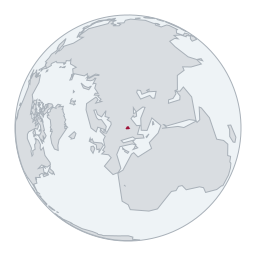 Alba on an orthographic globe, rotated 297°
{"feature_id": "ROU-294", "entity_name": "Alba", "entity_type": "County", "adm_level": 1, "iso_a3": "ROU", "parent_name": "Romania", "parent_adm1": "", "projection": "orthographic", "projection_center": [23.52, 46.007], "detail": "fine", "context": "on_globe", "style": "filled", "palette": "rose", "viewbox_px": 256, "rotation_deg": 297, "n_neighbors": 0, "source": "natural_earth", "source_scale": "10m", "svg_char_len": 10597}
<svg xmlns="http://www.w3.org/2000/svg" viewBox="0 0 256 256"><g transform="rotate(297 128 128)"><circle cx="128" cy="128" r="113" fill="#eef3f6" stroke="#a8b0b8"/><path d="M80.3,26.0L82.4,25.0L88.4,23.8L85.2,24.9L87.1,24.7L91.2,23.4L93.5,22.6L105.3,22.0L119.1,20.7L123.2,19.4L122.5,20.7L130.1,17.8L137.5,17.7L129.3,18.5L128.6,19.2L133.6,19.2L133.9,19.9L136.5,20.5L136.5,21.4L131.7,22.1L131.6,22.8L135.2,22.8L137.4,24.0L132.1,23.8L135.4,25.9L128.1,28.0L114.1,27.6L110.1,30.4L96.0,34.8L97.4,35.5L92.9,38.0L92.8,39.8L90.2,40.4L92.4,41.4L94.8,40.6L96.5,40.9L96.7,42.0L93.4,42.8L92.9,42.3L92.0,43.1L90.3,43.1L91.2,43.7L87.2,44.7L91.4,45.4L88.4,47.6L85.7,47.8L85.7,45.6L79.5,41.3L76.8,41.2L72.9,43.1L66.1,51.2L63.1,52.2L59.4,55.2L61.1,55.5L64.6,53.4L66.8,54.9L70.9,52.3L72.4,52.7L76.7,51.1L76.3,53.8L73.6,57.4L70.0,58.9L68.7,60.6L72.3,61.3L65.8,66.5L61.8,74.3L60.1,75.5L56.4,73.7L55.9,67.9L51.2,66.5L54.5,70.1L50.1,73.5L49.5,75.2L49.9,76.7L51.6,76.5L50.2,78.4L46.4,75.2L47.6,73.5L48.8,74.4L48.5,71.9L46.0,70.3L44.0,72.3L42.2,68.4L40.7,69.9L39.5,70.1L41.9,67.8L37.5,71.9L35.1,69.5L29.1,77.1L34.8,68.2L36.7,64.6L38.4,61.2L37.4,62.3L41.1,56.9L42.2,55.1L41.5,55.8L47.0,49.7L53.0,44.0L59.3,38.8L66.0,34.0L73.0,29.7L80.3,26.0ZM31.6,69.7L29.9,72.8L29.0,74.3L31.6,69.7ZM18.5,101.7L18.7,101.3L18.5,103.9L17.2,108.4L18.1,106.7L17.3,111.3L17.7,119.8L17.3,120.2L17.5,132.9L19.6,143.4L20.1,148.6L19.6,149.7L20.8,153.2L20.8,154.6L27.3,168.0L32.1,177.3L33.0,181.9L30.9,182.5L33.7,189.6L33.5,189.3L29.2,182.1L25.5,174.7L22.3,167.0L19.8,159.1L17.8,151.1L16.4,142.9L15.6,134.6L15.4,126.3L15.8,118.1L16.8,109.8L18.5,101.7ZM27.5,79.1L23.3,90.7L24.1,86.5L25.6,83.2L27.7,78.1L28.9,75.0L27.5,79.1ZM29.2,78.7L29.8,77.1L29.5,78.4L29.2,78.7ZM94.4,22.2L91.2,23.3L87.4,24.4L90.0,23.3L94.4,22.2ZM101.8,20.9L100.4,21.5L98.5,21.3L99.9,21.0L101.8,20.9ZM126.1,18.5L123.4,18.6L125.9,18.3L126.1,18.5ZM136.9,20.4L137.6,20.2L138.7,20.6L136.9,20.4ZM76.7,49.8L76.7,50.4L75.9,50.4L76.7,49.8ZM78.5,48.6L77.6,48.0L78.3,47.4L78.9,47.7L78.5,48.6ZM139.6,22.4L141.1,23.3L138.7,22.5L139.6,22.4ZM79.5,49.4L79.7,46.3L81.1,45.2L84.3,45.6L79.5,49.4ZM141.4,23.8L145.2,26.1L147.0,25.7L144.1,28.3L141.9,25.4L138.6,24.5L140.9,24.5L141.4,23.8ZM95.5,39.9L92.9,40.8L94.9,39.1L95.5,39.9ZM96.3,38.8L99.8,33.6L103.6,33.0L101.7,34.7L106.5,33.3L106.7,35.6L104.0,36.9L101.5,36.8L103.5,37.7L96.3,38.8ZM141.9,29.5L142.1,30.3L141.0,29.6L141.9,29.5ZM97.4,40.9L97.7,39.8L101.1,39.2L101.0,41.2L99.9,40.8L97.4,40.9ZM107.7,31.9L110.2,31.9L111.0,33.7L112.0,34.0L107.0,35.6L107.7,31.9ZM99.3,41.5L100.8,42.3L99.4,43.7L97.2,41.9L99.3,41.5ZM102.0,38.2L103.6,38.0L102.7,38.8L102.0,38.2ZM95.2,49.2L95.6,47.8L97.4,47.3L95.2,49.2ZM101.5,42.6L102.0,42.1L102.7,41.8L103.4,42.7L101.5,42.6ZM107.9,36.8L107.7,37.6L110.0,36.2L110.7,37.6L107.2,38.5L109.0,38.7L109.2,39.2L106.1,39.4L107.9,36.8ZM106.4,42.6L102.2,44.4L101.1,47.1L99.5,47.6L101.5,43.2L106.4,42.6ZM106.5,40.7L106.1,42.0L104.3,41.8L103.5,40.9L106.5,40.7ZM112.4,38.3L112.3,35.9L113.0,35.9L112.4,38.3ZM106.4,43.4L107.4,43.0L106.6,43.6L106.4,43.4ZM111.0,39.9L110.8,39.0L111.7,38.9L111.0,39.9ZM109.6,42.9L108.2,43.4L107.6,42.8L109.6,42.9ZM110.5,41.6L111.8,41.7L108.3,42.2L110.3,41.2L110.5,41.6ZM111.8,40.0L112.3,39.6L111.8,40.3L111.8,40.0ZM112.6,45.3L108.3,46.2L107.0,44.6L111.4,43.9L112.6,45.3ZM63.5,184.4L56.3,167.1L59.7,163.0L60.1,156.0L83.1,139.5L88.1,142.6L106.3,143.0L108.6,144.3L106.7,150.1L120.5,158.3L124.7,153.6L137.1,157.1L145.2,156.1L147.8,144.7L134.5,146.1L132.0,140.8L142.5,134.9L154.1,133.8L153.5,131.7L146.0,128.0L148.6,123.5L143.4,126.4L145.6,128.3L142.5,130.3L140.3,128.6L141.3,127.0L137.7,126.4L134.0,134.6L135.8,137.5L126.7,139.3L128.8,144.4L126.4,146.8L121.8,139.1L122.2,136.3L113.8,127.6L112.7,130.7L120.4,139.2L118.1,138.5L116.5,143.2L115.8,139.1L107.7,129.3L99.3,130.0L88.9,139.9L83.9,139.5L79.7,135.8L83.3,124.3L93.9,126.5L95.3,122.8L93.0,116.4L96.4,117.7L96.7,115.5L100.7,116.1L106.2,111.5L110.2,111.5L112.2,104.8L114.5,104.0L112.7,108.1L113.6,111.2L123.6,111.4L125.5,110.0L125.9,105.7L128.6,106.5L127.8,102.3L133.5,100.5L125.9,99.4L126.2,94.7L129.6,91.1L128.3,89.5L122.9,95.4L122.0,98.0L123.4,100.5L119.6,107.9L116.2,108.9L115.0,100.7L110.0,101.4L111.2,95.0L125.1,82.4L130.9,80.0L141.0,85.4L139.8,88.4L135.5,87.9L139.6,92.5L139.2,90.1L141.4,90.9L142.3,86.9L143.9,87.3L142.0,83.0L144.1,83.0L145.3,85.7L148.4,80.3L152.8,79.5L152.7,78.1L151.4,76.8L157.7,76.8L157.4,75.8L155.2,75.4L153.1,73.2L151.8,69.5L154.1,69.6L154.8,71.0L159.8,74.4L161.5,78.2L162.3,78.0L161.4,74.7L155.3,70.5L153.9,68.3L157.0,69.8L155.8,69.0L155.8,68.0L157.9,67.2L154.6,65.4L151.7,54.3L155.5,51.9L158.6,54.3L159.0,47.6L163.3,46.0L161.3,45.5L160.0,42.4L158.7,42.8L157.6,42.4L153.9,35.1L154.8,33.8L150.9,30.7L149.8,30.5L148.9,31.3L144.1,28.3L147.0,25.7L149.3,26.1L149.5,24.4L154.6,25.8L158.9,26.3L164.3,29.2L167.3,29.5L167.0,28.8L170.9,29.0L179.6,32.2L173.6,32.6L160.7,29.6L166.1,30.9L165.2,31.6L167.3,32.8L171.0,33.8L171.3,33.3L178.8,40.9L188.5,46.9L187.0,43.5L189.0,43.0L198.7,48.0L212.0,62.9L214.7,63.3L216.8,65.2L218.6,68.8L215.7,66.1L214.9,67.3L213.0,65.4L214.9,70.6L212.2,68.1L215.0,73.6L217.0,74.4L216.4,70.5L219.9,76.7L222.8,76.8L226.2,80.9L231.8,94.6L232.8,103.1L233.5,104.9L232.2,105.6L233.1,111.7L237.3,115.6L238.0,118.2L238.2,128.0L237.8,126.2L234.6,128.2L235.7,135.2L238.2,135.2L239.1,139.3L238.0,141.2L236.9,137.9L235.7,138.4L234.8,132.7L231.4,127.0L230.2,132.2L229.0,128.9L224.2,125.8L221.8,133.0L218.7,149.2L220.2,158.1L218.3,164.3L211.0,156.5L207.3,148.9L204.9,151.8L197.2,148.1L184.6,154.6L182.6,152.8L180.2,155.2L174.8,154.7L171.6,151.4L168.4,152.8L176.7,161.3L180.2,159.8L182.7,154.2L184.4,157.6L189.7,158.7L184.6,170.6L165.5,185.2L163.3,178.7L147.2,161.4L147.5,158.9L147.4,158.6L147.2,158.1L146.0,162.3L143.1,158.5L152.1,171.8L153.8,177.6L165.3,185.7L164.3,187.0L167.9,188.2L179.0,181.9L179.2,184.2L174.1,195.9L158.3,212.1L160.3,218.8L158.9,224.3L148.7,229.3L149.3,232.3L144.0,234.1L143.4,235.6L139.0,237.4L131.7,238.9L119.6,238.7L119.1,237.7L113.5,235.0L105.8,226.4L109.1,222.4L108.1,218.5L99.4,207.9L101.3,202.4L98.9,199.5L94.0,199.2L91.2,195.5L88.2,194.8L69.3,191.0L63.5,184.4ZM75.4,150.3L74.9,152.4L75.4,150.3ZM166.7,138.2L173.4,136.4L169.8,130.2L172.1,129.1L170.0,127.5L169.5,129.8L164.4,125.1L167.1,122.1L166.0,119.1L163.6,119.6L159.5,126.1L166.9,132.6L165.6,136.0L166.7,138.2ZM17.7,120.1L17.6,122.0L17.4,120.6L17.7,120.1ZM23.4,87.6L22.9,89.4L22.3,91.0L22.6,89.8L23.4,87.6ZM21.2,102.3L21.0,104.7L20.8,102.9L21.2,102.3ZM22.8,92.4L21.3,100.6L21.0,97.7L22.1,92.7L21.8,95.1L22.8,92.4ZM27.8,80.2L27.3,81.6L26.9,82.0L27.8,80.2ZM29.0,79.8L29.0,79.4L29.6,78.3L29.0,79.8ZM50.4,73.6L50.6,73.9L50.6,75.7L49.9,75.3L50.4,73.6ZM55.2,81.2L52.8,84.0L54.0,81.6L52.4,81.5L53.1,76.6L59.3,75.9L56.3,77.0L55.2,81.2ZM55.6,70.2L54.5,73.2L55.4,70.0L55.6,70.2ZM94.7,103.5L96.1,105.3L94.7,107.7L89.6,108.3L91.6,104.8L94.7,103.5ZM98.5,107.4L98.6,99.4L101.8,98.9L100.0,100.5L102.1,101.0L99.7,103.7L102.6,111.3L101.5,113.9L92.7,113.2L96.2,111.9L94.6,110.1L98.5,107.4ZM93.4,82.1L93.5,79.2L100.3,81.8L99.4,84.2L94.3,84.8L92.3,82.3L93.4,82.1ZM85.3,51.0L84.9,50.2L85.8,49.9L86.9,50.4L85.3,51.0ZM95.2,48.6L88.0,54.6L87.2,53.9L83.9,58.6L80.4,58.6L82.7,55.5L77.6,59.2L78.2,56.4L75.0,59.2L80.3,52.2L80.7,50.1L81.6,52.5L84.8,52.5L86.2,51.8L90.7,48.5L93.0,44.0L96.5,43.5L98.4,44.4L98.4,45.4L96.1,45.3L97.7,46.7L94.4,47.4L95.2,48.6ZM118.0,57.7L115.4,56.7L118.0,60.6L114.8,60.9L115.3,61.4L113.0,62.8L111.0,65.3L109.5,65.1L109.4,66.2L107.9,67.3L107.2,68.8L104.3,68.9L103.3,70.8L102.5,69.8L101.5,73.1L100.9,70.7L98.9,72.0L100.5,73.6L86.2,71.9L80.7,73.4L76.3,76.0L75.9,72.0L79.6,67.1L85.4,62.7L90.8,62.0L89.6,60.4L91.8,59.7L91.8,61.2L93.2,58.5L95.0,58.3L100.1,55.0L100.9,51.4L102.8,50.2L103.4,51.6L104.8,49.5L107.3,51.3L108.7,50.6L112.5,51.7L112.8,55.0L114.4,53.9L117.4,54.9L118.0,57.7ZM113.6,45.7L114.8,49.3L113.6,51.2L107.5,48.4L105.9,48.8L101.9,47.3L103.7,44.5L104.7,45.2L106.1,45.2L105.0,46.1L106.9,45.4L108.3,46.3L110.1,46.1L110.0,47.3L113.6,45.7ZM111.2,142.3L112.9,142.7L115.7,142.6L114.8,145.7L111.2,142.3ZM105.5,135.7L107.1,135.5L107.1,139.6L105.3,139.2L105.5,135.7ZM107.9,132.1L107.1,135.2L106.5,133.3L107.9,132.1ZM114.2,107.8L115.9,107.4L116.0,108.4L115.1,109.9L114.2,107.8ZM125.1,70.2L123.8,69.1L124.3,68.6L123.4,65.2L125.8,64.9L127.3,66.7L125.1,70.2ZM145.5,147.0L143.2,149.4L142.0,148.5L143.0,147.9L145.5,147.0ZM128.3,148.1L132.3,149.4L128.0,149.0L128.3,148.1ZM127.6,69.2L126.9,67.9L128.5,68.6L127.6,69.2ZM127.5,64.4L129.3,64.9L126.0,64.4L127.5,64.4ZM177.3,218.2L168.8,228.3L163.8,229.8L163.2,228.1L166.6,222.5L172.7,219.3L175.7,215.7L177.3,218.2ZM238.8,148.0L238.7,148.7L239.1,146.5L239.3,145.1L238.8,148.0ZM239.0,146.8L238.0,148.8L234.5,145.8L235.8,143.1L239.0,141.5L238.9,143.2L239.5,142.6L239.0,146.8ZM240.3,136.5L240.3,133.9L240.3,130.7L240.5,128.8L239.6,113.5L239.6,112.7L240.4,120.6L240.6,128.5L240.3,136.5ZM220.7,158.6L223.0,161.7L221.8,164.0L220.7,158.6ZM238.1,105.1L239.2,111.5L237.8,104.3L238.1,105.1ZM236.6,99.3L237.1,100.8L236.8,100.4L236.6,99.3ZM234.5,107.2L234.4,109.7L233.9,108.6L233.7,104.8L234.5,107.2ZM228.9,84.4L230.9,87.7L231.6,89.3L230.6,88.2L228.9,84.4ZM146.8,65.7L145.5,70.6L146.0,74.3L148.8,76.3L144.3,75.7L143.4,70.1L146.8,65.7ZM150.9,55.6L148.4,54.1L149.8,53.5L150.6,53.8L150.9,55.6ZM149.1,55.6L145.5,56.0L144.3,54.4L147.4,54.3L149.1,55.6ZM136.5,62.4L136.0,63.8L134.7,63.2L136.5,62.4ZM237.0,99.6L237.7,102.5L236.6,98.2L237.0,99.6ZM237.6,102.1L237.1,100.3L236.8,99.1L237.6,102.1ZM236.5,97.6L235.7,95.0L235.9,95.8L236.5,97.6ZM235.7,96.7L236.1,96.5L236.5,99.5L234.0,93.5L233.6,91.5L235.7,96.7ZM217.3,63.0L216.0,61.9L215.0,59.9L216.2,61.2L217.3,63.0ZM210.3,53.2L214.2,59.1L217.2,64.2L217.4,63.7L220.2,67.2L218.6,66.5L214.7,61.0L212.9,57.7L210.3,55.2L207.6,51.8L204.7,49.8L202.7,47.9L204.8,48.7L210.3,53.2ZM203.5,49.1L197.4,45.1L196.4,42.8L197.5,43.1L200.7,45.8L201.1,46.9L203.5,49.1ZM195.6,43.5L195.8,44.6L187.3,42.4L185.3,41.4L191.3,41.5L191.8,42.5L194.1,43.6L195.6,43.5ZM143.3,30.2L142.3,30.2L142.8,29.7L143.3,30.2ZM156.9,42.7L155.5,42.1L156.2,41.4L156.9,42.7ZM152.0,39.9L152.3,41.2L151.1,39.8L152.0,39.9ZM153.0,44.1L151.9,41.7L154.3,44.1L153.0,44.1Z" fill="#d9dde1" stroke="#a8b0b8" stroke-width="1"/><path d="M127.0,127.4L126.9,127.3L126.9,127.2L126.9,126.9L127.0,126.9L127.1,127.0L127.3,127.0L127.5,127.0L127.8,127.0L128.0,127.0L128.3,127.2L128.5,127.1L128.7,127.3L128.8,127.4L128.9,127.5L128.9,127.8L128.7,127.9L128.7,128.0L128.4,128.2L128.2,128.2L128.3,128.2L128.3,128.3L128.2,128.4L128.2,128.5L128.2,128.8L128.2,129.0L128.0,128.9L127.9,128.8L127.8,128.7L127.8,128.4L127.7,128.3L127.7,128.2L127.4,127.8L127.4,127.7L127.2,127.6L127.2,127.4L127.0,127.4Z" fill="#f43f5e" stroke="#9f1239" stroke-width="1.5"/></g></svg>